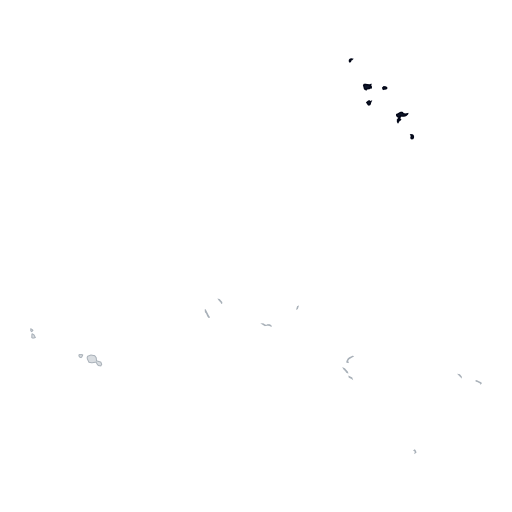 where Marquesas Islands sits in French Polynesia
{"feature_id": "PYF-4967", "entity_name": "Marquesas Islands", "entity_type": "state/province", "adm_level": 1, "iso_a3": "PYF", "parent_name": "French Polynesia", "parent_adm1": "", "projection": "albers", "projection_center": [-139.551, -9.25], "detail": "fine", "context": "in_parent", "style": "filled", "palette": "ink", "viewbox_px": 512, "rotation_deg": 0, "n_neighbors": 0, "source": "natural_earth", "source_scale": "10m", "svg_char_len": 4198}
<svg xmlns="http://www.w3.org/2000/svg" viewBox="0 0 512 512"><path d="M96.5,360.8L100.8,362.1L101.7,364.3L100.8,365.9L98.6,365.6L97.6,364.8L96.0,362.1L91.9,362.8L89.0,362.3L87.3,358.8L87.2,357.2L87.8,356.2L90.9,355.0L94.7,355.7L96.2,357.7L96.5,360.8ZM401.2,112.5L405.7,114.1L407.1,113.9L405.7,115.5L401.2,116.3L399.7,117.1L397.9,116.6L396.9,114.7L401.2,112.5ZM369.4,88.4L366.5,89.1L365.1,89.0L364.0,86.5L364.4,84.9L364.8,84.4L369.9,85.0L370.3,86.2L370.2,87.2L369.4,88.4ZM34.0,338.0L32.8,338.1L31.8,337.6L31.9,334.5L32.2,333.8L33.9,334.8L35.3,337.5L34.0,338.0ZM81.9,356.8L81.0,357.6L79.7,357.1L79.1,356.3L78.9,355.5L79.2,354.6L81.9,354.6L82.7,355.0L81.9,356.8ZM385.1,89.3L383.1,89.5L382.8,88.0L383.4,87.2L384.3,86.8L385.8,87.3L386.5,88.0L386.5,88.5L385.1,89.3ZM369.4,104.2L368.7,104.8L367.5,102.9L367.3,102.2L369.5,101.2L370.7,101.7L369.4,104.2ZM209.2,316.9L209.3,317.4L208.7,317.4L207.6,315.9L207.1,314.6L206.4,313.1L205.4,312.0L205.3,311.0L205.2,309.4L206.4,311.8L207.4,313.7L208.2,315.4L209.2,316.9ZM348.1,361.9L348.2,362.5L347.2,362.4L346.8,362.2L346.9,361.2L347.6,359.8L348.2,358.7L349.5,357.7L351.7,356.7L352.8,356.2L353.1,356.5L352.7,356.6L349.0,358.8L347.9,360.3L347.4,361.4L347.5,361.7L348.1,361.9ZM412.4,137.6L411.3,138.2L411.2,134.9L412.7,135.5L413.2,136.0L413.0,136.9L412.4,137.6ZM347.5,372.0L347.7,372.8L346.6,372.3L345.6,370.8L343.7,368.9L343.3,368.1L344.7,368.8L345.6,369.9L347.5,372.0ZM32.1,331.3L31.6,331.6L31.0,331.0L30.7,330.2L30.9,328.8L32.3,329.7L32.9,330.3L32.1,331.3ZM400.1,119.7L397.9,122.1L397.9,119.5L398.7,119.2L399.4,119.2L400.1,119.7ZM481.3,383.1L480.7,383.8L480.6,383.2L479.8,382.8L478.7,382.2L477.1,381.4L476.3,381.3L475.9,380.9L476.4,380.6L477.4,381.0L478.7,381.7L480.3,382.4L481.3,383.1ZM221.8,302.3L221.7,303.7L221.1,302.3L219.2,300.3L218.5,299.3L219.4,299.5L221.8,302.3ZM351.8,377.8L352.2,378.9L351.5,378.4L349.2,377.3L349.0,376.4L351.8,377.8ZM270.0,324.9L271.6,326.4L269.4,325.4L266.7,325.0L267.7,324.7L269.2,324.7L270.0,324.9ZM266.1,325.4L264.9,325.6L262.0,323.8L263.1,323.8L264.8,324.9L266.1,325.4ZM461.3,376.8L461.3,377.4L458.5,374.5L459.6,374.7L461.3,376.8ZM415.9,452.5L415.0,453.0L415.3,452.3L414.7,450.6L414.0,450.4L414.7,449.9L415.6,451.2L415.9,452.5ZM297.4,308.7L296.8,309.0L297.5,306.6L298.2,306.3L297.4,308.7Z" fill="#d9dde1" stroke="#a8b0b8" stroke-width="1"/><path d="M406.9,113.9L407.5,113.8L407.4,114.1L405.9,115.4L405.2,115.7L404.4,115.9L403.3,116.0L401.6,115.9L401.3,115.9L401.1,115.8L400.8,115.7L400.4,115.8L400.2,115.9L400.2,116.8L400.0,117.3L399.8,117.3L399.3,117.2L398.1,116.9L397.6,116.5L397.2,116.1L396.9,115.8L396.8,115.4L396.7,114.9L396.8,114.5L397.7,114.2L400.4,112.6L401.5,112.4L402.4,112.6L402.7,113.2L403.1,113.6L403.6,113.9L404.3,114.1L404.9,114.1L405.6,114.3L405.9,114.3L406.3,114.3L406.5,114.1L406.9,113.9ZM370.1,85.7L371.0,86.4L371.2,86.8L371.2,87.5L371.1,87.9L370.7,87.9L370.0,87.4L369.8,88.1L369.3,88.5L368.7,88.6L368.3,88.2L368.1,88.2L367.7,88.6L366.5,89.0L366.2,89.2L366.1,89.7L365.8,89.6L365.4,89.3L364.7,88.9L364.5,88.5L364.2,87.0L364.1,86.4L364.1,86.2L363.8,85.9L363.7,85.7L364.1,84.6L365.1,84.4L368.9,85.0L369.9,85.0L370.1,85.0L370.5,84.7L370.8,84.6L370.8,84.8L370.7,84.9L370.4,85.2L370.1,85.7ZM369.3,101.0L370.0,101.7L370.4,101.9L370.8,101.7L370.4,102.6L370.2,103.6L369.8,104.5L368.9,104.9L368.3,104.6L366.9,102.5L367.4,102.1L368.0,101.6L368.6,101.1L369.3,101.0ZM411.0,134.9L412.0,134.9L412.4,135.1L412.8,135.3L413.3,136.3L413.3,137.5L412.8,138.5L411.8,138.7L411.4,138.5L411.1,138.0L411.1,137.4L411.5,136.4L411.5,135.9L411.0,134.9ZM386.4,87.5L386.7,88.0L386.5,88.4L386.1,88.7L385.5,88.8L384.2,88.9L383.7,89.2L383.3,89.7L383.4,89.2L383.2,88.8L383.0,88.4L382.8,87.9L383.9,86.8L384.1,86.8L384.3,87.1L384.5,87.1L385.0,87.0L385.4,87.0L386.4,87.5ZM399.4,118.7L399.8,118.9L400.2,119.1L400.5,119.4L400.4,119.6L400.2,119.6L400.1,119.9L400.0,120.0L399.9,120.1L399.6,120.1L399.4,120.2L399.0,120.6L398.3,121.8L398.0,122.3L397.6,121.7L397.6,121.2L397.7,120.6L397.5,120.0L397.9,119.6L398.3,118.9L398.8,118.4L399.4,118.7ZM350.6,60.9L350.4,61.4L350.1,61.7L349.8,61.8L349.5,61.3L349.5,60.2L350.1,59.4L351.2,59.0L352.2,59.2L351.8,59.6L351.6,59.7L351.1,59.8L350.8,60.0L350.6,60.9Z" fill="#0f172a" stroke="#020617" stroke-width="1.5"/></svg>